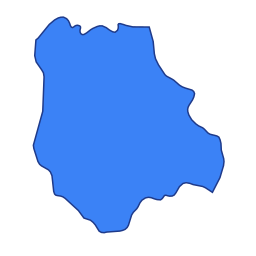 map outline of Bistrita-Nasaud (Natural Earth projection), rotated 274°
{"feature_id": "ROU-295", "entity_name": "Bistrita-Nasaud", "entity_type": "County", "adm_level": 1, "iso_a3": "ROU", "parent_name": "Romania", "parent_adm1": "", "projection": "natural_earth1", "projection_center": [24.568, 47.164], "detail": "fine", "context": "isolated", "style": "filled", "palette": "blue", "viewbox_px": 256, "rotation_deg": 274, "n_neighbors": 0, "source": "natural_earth", "source_scale": "10m", "svg_char_len": 1843}
<svg xmlns="http://www.w3.org/2000/svg" viewBox="0 0 256 256"><g transform="rotate(274 128 128)"><path d="M69.7,216.7L73.8,209.4L74.9,206.5L76.1,196.9L77.1,193.6L77.5,189.8L76.5,186.7L73.1,183.4L66.7,180.3L64.4,178.8L63.2,176.8L62.9,174.1L63.2,172.2L63.6,170.5L63.2,169.1L60.0,167.1L58.6,165.5L58.6,162.0L59.2,159.1L60.1,156.1L60.3,153.2L59.5,150.3L57.0,147.0L54.3,145.2L50.1,143.5L48.1,142.4L44.3,139.2L41.5,137.7L31.0,135.2L28.7,134.1L26.7,132.2L25.5,129.8L24.6,127.0L22.7,114.0L21.9,111.5L22.0,108.7L23.1,106.4L29.1,102.1L31.5,99.7L33.4,97.0L35.1,90.3L42.2,84.3L53.5,70.1L54.8,67.8L55.4,65.6L55.7,62.0L56.0,60.6L57.0,59.4L59.6,58.3L75.1,55.5L78.8,53.6L80.7,51.6L84.2,44.3L85.7,42.3L88.3,40.5L101.0,35.5L104.2,34.8L138.7,41.8L173.2,40.7L177.1,39.8L179.9,37.9L187.5,31.8L193.7,29.9L209.4,30.0L211.4,32.1L225.9,42.3L230.7,47.3L232.9,50.7L233.8,53.2L234.1,55.9L232.8,59.1L230.8,61.1L228.3,62.5L226.1,63.4L224.7,64.4L224.3,65.6L224.9,66.7L225.9,67.7L226.7,69.1L227.0,70.6L226.5,72.7L225.7,73.5L224.5,73.7L223.1,73.4L221.7,73.3L220.1,73.6L218.8,74.4L218.0,75.8L218.2,77.5L219.9,80.0L223.5,84.0L224.9,86.0L227.1,90.2L227.9,92.5L228.1,95.1L226.6,99.3L224.3,102.9L222.9,106.0L222.6,108.4L224.7,110.7L226.9,111.3L228.9,111.2L230.4,110.9L231.3,111.4L231.6,112.8L230.9,116.3L230.2,118.8L229.2,125.8L230.2,142.1L216.0,147.1L203.9,149.1L199.0,150.6L193.1,154.0L183.8,161.1L182.4,162.8L179.8,168.6L178.9,170.3L174.3,176.4L172.8,179.3L171.8,182.6L170.3,189.2L169.0,191.0L166.9,192.0L163.6,191.5L160.6,190.4L155.1,187.4L152.9,186.5L150.8,186.2L148.5,186.5L145.2,187.8L140.7,190.9L136.9,195.3L135.1,198.2L133.4,202.5L132.2,204.2L128.7,208.0L127.6,210.0L127.1,212.5L126.7,215.0L126.2,217.4L125.2,219.3L122.6,220.7L119.1,221.8L112.5,222.6L104.1,225.6L101.2,226.1L97.1,225.9L84.9,223.2L69.7,216.7Z" fill="#3b82f6" stroke="#1e3a8a" stroke-width="1.5"/></g></svg>